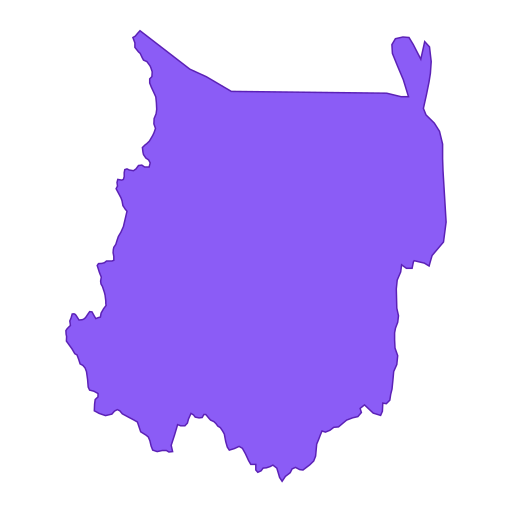 the district of Kecil Lojing, Kelantan, Malaysia
{"feature_id": "92858781B76636493709189", "entity_name": "Kecil Lojing", "entity_type": "district", "adm_level": 2, "iso_a3": "MYS", "parent_name": "Malaysia", "parent_adm1": "Kelantan", "projection": "equal_earth", "projection_center": [101.527, 4.769], "detail": "fine", "context": "isolated", "style": "filled", "palette": "violet", "viewbox_px": 512, "rotation_deg": 0, "n_neighbors": 0, "source": "geoboundaries", "source_scale": "gbopen_adm2", "svg_char_len": 3462}
<svg xmlns="http://www.w3.org/2000/svg" viewBox="0 0 512 512"><path d="M132.9,37.5L134.9,42.9L134.9,47.4L138.5,51.9L140.2,53.4L142.1,57.5L143.5,60.1L146.9,61.6L150.0,65.8L150.8,67.6L152.2,71.8L151.9,76.6L149.7,78.9L149.7,83.0L151.3,87.1L153.6,92.0L155.8,96.9L156.4,102.9L156.7,109.3L156.1,113.8L154.1,118.6L153.9,123.9L155.5,128.4L154.1,132.5L152.7,135.5L149.4,141.1L146.3,144.1L145.5,144.5L142.4,147.5L143.0,152.4L143.5,154.6L145.8,158.0L148.6,159.9L150.2,162.9L149.1,167.0L144.6,167.0L141.8,165.1L138.5,165.5L136.0,168.9L133.5,170.7L129.3,170.0L127.0,168.9L124.8,169.6L124.2,172.6L124.2,176.7L123.4,179.4L121.7,180.1L117.8,179.4L117.0,182.4L117.5,186.1L116.1,188.7L120.9,197.7L122.0,200.7L122.9,205.6L125.4,209.4L127.0,211.2L123.4,226.6L120.9,232.2L118.4,236.4L117.0,240.5L115.8,244.4L113.8,247.3L113.3,249.7L113.1,252.8L113.8,256.4L113.8,260.3L111.9,261.0L108.6,261.0L106.5,261.0L104.4,262.7L101.9,263.4L98.5,263.6L97.2,265.5L98.3,268.9L99.2,271.8L100.1,274.2L101.3,277.1L100.6,281.1L101.0,284.0L102.4,286.4L104.4,292.4L105.1,295.3L105.8,301.1L105.8,303.5L106.1,305.4L103.6,308.7L101.1,313.1L100.4,317.1L98.3,317.6L95.8,318.6L94.2,315.9L92.0,311.9L89.7,311.6L88.1,313.8L85.9,317.1L84.5,318.6L82.9,319.5L81.5,319.8L79.0,320.0L76.6,316.2L75.4,314.5L74.0,313.8L72.2,314.0L71.1,317.9L69.8,321.0L70.2,323.6L70.4,325.5L68.6,327.2L67.0,328.9L65.9,330.6L66.1,334.2L66.6,336.6L66.4,341.1L72.0,348.9L74.8,353.7L77.0,354.9L78.7,359.4L80.1,363.9L82.9,365.4L85.1,368.0L86.5,371.7L87.6,379.6L88.2,387.1L89.6,390.1L93.8,391.2L98.0,393.5L98.0,396.9L95.2,399.5L94.6,404.0L94.3,410.8L96.6,412.0L99.1,413.4L105.5,415.6L111.9,414.1L114.5,411.1L117.3,409.6L119.8,410.8L122.3,413.8L128.4,417.1L133.5,419.8L137.4,422.0L140.7,431.8L146.0,435.1L148.3,437.0L149.9,440.8L151.1,446.0L152.7,450.1L157.2,451.6L162.2,450.5L166.4,450.5L168.9,452.0L172.6,451.6L171.2,445.3L174.5,435.1L176.5,428.4L177.6,424.6L180.7,425.8L184.9,425.8L187.4,423.1L188.5,419.0L191.0,413.4L193.5,414.9L195.2,417.1L199.1,417.9L202.2,417.5L203.9,414.5L205.8,414.5L209.2,418.6L210.6,420.1L213.9,421.6L215.9,423.5L217.8,426.1L220.3,427.6L222.6,431.0L224.3,434.0L225.7,441.5L227.3,447.1L229.3,450.1L234.3,448.6L239.1,446.4L242.4,448.3L244.7,452.4L245.5,453.9L248.6,460.6L250.8,464.4L255.8,464.4L255.8,470.0L257.8,472.3L261.1,470.8L263.1,468.1L266.4,467.8L270.1,466.6L272.9,465.1L276.8,468.1L278.2,472.7L279.6,477.5L282.1,481.3L285.4,476.4L290.2,472.7L292.1,468.9L295.5,467.4L299.7,469.6L303.0,470.0L309.8,464.8L313.7,461.0L315.6,456.1L316.7,444.1L318.7,439.3L320.4,434.8L322.0,431.0L325.4,432.1L329.9,430.3L333.8,427.3L338.5,426.9L346.6,420.1L352.7,417.8L357.9,416.6L361.4,412.5L360.1,408.4L364.5,404.9L373.2,413.1L380.6,415.4L382.4,411.3L382.8,403.1L386.3,403.7L389.8,400.2L390.7,394.3L392.0,389.1L392.9,380.3L393.7,371.5L396.8,364.5L397.7,355.7L395.0,348.0L394.6,339.8L394.6,332.8L395.5,328.1L397.7,322.3L398.5,315.8L396.8,308.2L396.3,288.9L397.2,280.1L400.7,271.9L401.6,264.8L406.4,268.3L412.1,268.3L413.4,261.9L414.2,260.7L424.3,263.1L429.1,266.0L430.1,262.3L432.1,255.5L443.5,242.0L446.1,222.1L443.0,170.5L442.6,158.8L442.6,144.1L439.5,131.3L434.3,123.1L426.0,114.9L423.4,108.4L426.4,94.9L429.0,82.1L430.4,73.3L431.2,61.6L429.5,46.9L424.7,41.6L420.8,59.2L413.3,44.6L409.0,37.5L402.9,37.0L395.4,38.7L391.9,44.6L392.4,53.4L397.6,66.2L403.3,79.7L408.5,96.7L401.1,96.7L386.7,93.2L231.3,91.4L206.5,76.8L189.9,69.2L140.0,30.7L137.7,33.2L135.2,36.2L132.9,37.5Z" fill="#8b5cf6" stroke="#5b21b6" stroke-width="1.5"/></svg>